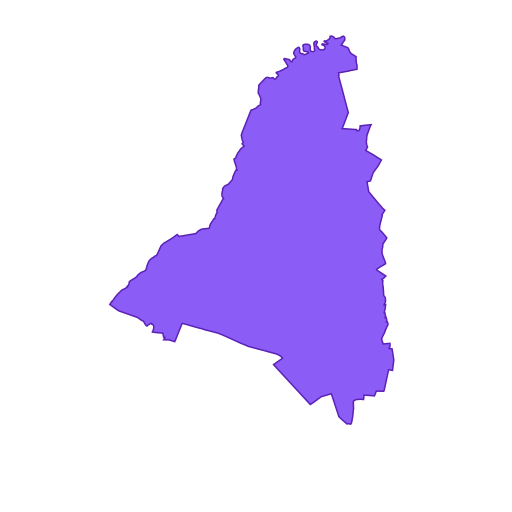 the district of Lazuri, Satu Mare, Romania, rotated 343°
{"feature_id": "2599482B42166201983382", "entity_name": "Lazuri", "entity_type": "district", "adm_level": 2, "iso_a3": "ROU", "parent_name": "Romania", "parent_adm1": "Satu Mare", "projection": "robinson", "projection_center": [22.883, 47.894], "detail": "fine", "context": "isolated", "style": "filled", "palette": "violet", "viewbox_px": 512, "rotation_deg": 343, "n_neighbors": 0, "source": "geoboundaries", "source_scale": "gbopen_adm2", "svg_char_len": 5958}
<svg xmlns="http://www.w3.org/2000/svg" viewBox="0 0 512 512"><g transform="rotate(343 256 256)"><path d="M149.1,311.3L153.2,314.2L153.8,313.4L154.2,313.1L165.7,298.8L171.3,302.3L174.1,304.2L179.9,307.9L184.0,310.4L185.5,311.6L190.6,314.6L197.1,318.7L200.3,321.2L208.9,328.7L216.3,335.3L219.8,338.1L221.5,339.6L222.4,340.3L246.0,355.1L247.3,356.0L248.9,357.4L250.2,359.0L250.7,359.8L251.5,361.5L241.0,365.0L264.5,413.9L268.5,412.7L277.4,409.6L287.8,409.8L288.3,433.9L290.1,437.1L293.9,443.3L294.8,443.2L295.4,443.4L297.3,444.5L297.6,444.4L297.9,444.2L298.7,443.3L301.7,437.5L302.8,434.9L303.7,432.3L304.0,431.8L304.4,431.4L306.6,423.4L309.1,422.6L309.9,422.6L313.9,423.5L316.9,424.7L318.7,420.6L328.4,424.4L331.6,420.4L338.6,422.7L339.3,421.9L349.6,403.5L353.1,405.3L357.4,395.7L359.0,384.6L356.3,383.4L357.8,381.5L358.6,378.7L351.9,377.3L351.8,372.7L352.0,372.0L352.4,371.5L352.3,371.3L356.0,367.4L356.6,366.9L357.3,365.7L357.7,365.4L357.8,364.9L358.2,364.7L358.4,364.3L358.6,364.3L359.2,363.4L361.1,361.3L361.4,360.9L361.6,360.9L361.9,360.6L362.5,359.3L362.5,358.8L362.4,357.5L361.3,357.3L361.3,357.2L361.6,356.9L362.3,355.9L362.4,355.5L362.4,352.7L361.7,353.0L361.5,352.9L361.6,352.4L362.1,351.6L362.5,350.6L362.4,349.6L362.7,348.4L362.7,348.1L362.5,347.9L362.0,347.6L362.7,346.5L363.3,345.5L363.5,345.3L365.8,340.3L364.3,340.1L366.4,337.6L366.8,336.8L366.8,335.9L367.2,335.2L367.4,334.2L367.3,332.9L366.7,331.4L366.6,330.5L367.1,329.5L367.1,328.7L367.5,327.6L368.7,322.1L368.5,321.8L369.7,317.1L370.1,317.0L370.0,316.3L369.5,315.2L371.7,314.5L374.3,313.1L367.9,305.3L367.4,304.0L371.3,302.8L377.6,301.3L377.7,301.2L377.8,299.4L377.5,295.2L377.3,292.2L377.6,289.2L378.3,287.2L378.6,286.2L379.6,284.8L380.9,281.6L384.5,278.7L386.4,276.9L383.7,270.4L382.0,267.2L382.1,266.2L382.5,264.8L384.2,261.4L388.6,254.3L388.7,253.9L388.5,253.5L392.6,249.9L391.1,247.5L388.6,241.9L382.6,227.5L383.9,217.4L387.0,217.7L387.6,217.4L392.1,211.0L393.1,210.1L399.3,205.4L404.0,200.8L397.8,193.6L391.8,187.1L394.5,184.5L394.4,184.3L394.4,182.3L394.5,181.3L394.6,181.0L394.7,179.7L397.1,173.7L397.7,172.6L403.5,165.0L404.5,164.1L398.2,162.8L393.6,162.0L392.9,164.0L391.9,165.3L390.9,166.2L390.1,166.1L388.9,165.4L388.9,165.2L389.1,164.5L375.6,159.3L378.9,155.3L386.2,145.8L386.6,134.8L387.1,123.3L387.6,108.4L387.7,107.5L388.1,107.2L388.3,107.2L388.4,105.0L399.5,106.3L399.6,106.1L407.1,107.0L407.3,106.3L407.6,105.9L407.7,105.2L408.4,103.2L408.4,102.3L408.3,101.5L409.0,98.0L409.4,96.4L410.0,94.9L410.0,94.6L406.6,90.7L405.6,89.1L405.4,88.6L405.1,84.6L404.8,83.9L404.3,83.3L399.1,79.2L400.9,78.0L400.9,77.9L401.2,77.8L401.5,77.2L404.0,75.5L404.6,73.7L404.7,72.9L404.6,72.3L403.8,71.3L402.0,71.3L401.5,71.6L400.0,72.1L397.8,71.7L396.5,71.7L395.5,71.5L395.1,71.0L394.6,69.7L393.1,68.0L392.3,67.7L391.2,67.5L390.7,68.1L390.7,69.0L390.4,69.4L389.6,69.8L386.2,71.0L384.8,70.4L384.1,70.4L383.9,70.7L384.3,71.5L387.0,73.8L386.8,74.2L386.2,74.4L385.3,74.3L384.3,74.0L382.0,72.7L381.4,72.5L380.8,73.1L381.2,73.5L382.4,74.5L382.9,75.6L383.1,76.5L382.9,77.4L381.6,78.3L380.8,78.5L379.9,78.4L378.2,77.8L377.3,77.1L376.7,76.5L376.4,75.8L376.2,75.0L376.3,74.4L375.6,73.4L375.3,72.7L375.4,71.6L375.8,71.0L377.1,69.5L377.2,68.9L376.7,68.2L376.1,68.0L375.1,68.2L374.0,68.7L373.6,69.3L373.1,71.1L373.0,73.0L372.4,75.0L372.2,76.6L371.8,77.1L370.8,77.3L369.5,77.0L368.2,76.0L368.2,75.0L368.2,74.1L369.1,72.1L369.1,71.1L368.8,70.0L368.3,69.3L367.4,68.7L365.2,67.9L363.5,67.8L362.7,68.0L362.2,68.7L362.1,71.0L361.5,72.5L361.5,73.2L361.7,74.0L362.0,74.3L363.0,74.7L363.3,75.0L364.8,75.6L365.4,76.1L365.7,77.1L364.9,77.1L363.3,77.6L362.0,77.6L361.0,77.5L360.5,77.0L359.7,76.1L358.2,75.5L357.8,75.0L357.3,73.9L357.4,73.3L358.4,71.0L358.5,70.1L358.1,69.1L357.3,68.8L354.5,69.7L353.2,70.5L352.6,71.3L351.9,72.0L351.2,73.4L352.3,77.5L351.9,77.9L348.9,78.8L347.1,80.8L346.2,80.3L345.7,78.7L345.4,78.0L341.2,75.5L340.5,75.6L340.1,76.0L340.7,78.0L342.0,83.2L341.8,84.3L341.1,84.7L339.9,85.0L338.3,85.1L337.4,85.5L332.1,86.3L329.3,86.3L328.9,86.6L329.0,87.3L329.5,88.0L330.2,88.7L330.3,89.7L330.0,90.2L329.5,90.4L328.9,90.6L328.1,91.1L326.5,92.4L326.0,92.4L325.5,92.2L325.0,91.7L324.8,91.1L324.5,90.6L323.9,90.2L322.5,90.3L321.5,90.0L319.2,88.5L318.0,88.4L317.4,88.5L312.4,91.2L308.5,93.5L308.3,94.7L307.0,97.6L305.7,100.8L306.1,102.0L306.6,106.1L306.3,108.5L305.2,110.1L304.9,110.7L304.8,111.1L304.7,112.6L302.2,113.1L299.6,114.4L298.4,114.7L295.7,115.1L294.0,115.0L293.1,116.0L279.5,133.0L277.2,136.2L277.3,136.6L276.9,138.6L276.8,140.6L276.8,142.4L277.1,143.7L275.5,144.6L276.7,147.4L272.2,149.3L271.0,150.6L269.1,151.8L268.6,152.3L266.1,155.0L265.3,156.3L263.2,156.9L263.1,160.9L263.2,165.3L262.8,167.0L262.9,168.4L261.8,168.2L261.0,168.9L258.9,171.2L257.1,173.5L255.8,176.0L253.5,177.5L252.1,178.2L251.0,179.1L246.2,180.0L243.8,181.8L243.6,182.9L242.2,185.1L241.5,186.8L241.0,188.9L241.8,191.7L241.1,191.8L240.4,192.5L232.1,200.5L231.2,203.5L230.5,203.9L229.3,205.3L227.6,208.1L226.6,208.0L225.6,209.0L222.0,211.9L220.8,213.3L220.2,214.5L219.4,215.8L212.0,214.4L208.4,215.1L205.1,216.9L204.5,216.9L188.2,214.8L187.1,212.7L186.9,212.4L180.9,214.5L171.4,216.9L168.2,218.5L167.4,219.5L166.7,220.1L165.3,221.8L162.2,225.3L161.0,226.4L159.5,226.5L158.2,226.9L157.9,227.2L155.3,227.8L152.6,229.1L151.3,230.5L149.6,232.6L148.4,234.4L147.2,236.3L146.2,237.3L145.0,237.8L141.5,238.1L140.8,238.2L137.3,239.7L136.6,240.2L136.3,240.6L135.8,240.9L132.9,242.0L132.2,242.0L127.8,243.3L127.3,243.6L126.5,245.3L125.6,246.6L123.9,247.3L124.2,248.0L121.3,248.8L117.9,249.3L112.8,251.9L109.0,254.4L105.0,257.6L104.7,257.3L102.0,259.6L107.2,266.5L108.8,268.4L124.8,280.2L127.5,283.8L129.3,285.4L130.3,289.9L131.3,291.1L132.7,290.4L134.2,290.1L135.7,289.6L136.4,290.1L136.3,290.6L137.1,291.2L137.4,291.8L137.6,292.3L137.6,293.6L137.4,294.3L136.9,295.5L135.5,297.5L134.7,298.4L137.6,299.8L144.4,302.6L143.9,306.5L145.1,307.3L143.2,309.1L147.6,310.6L149.1,311.3Z" fill="#8b5cf6" stroke="#5b21b6" stroke-width="1.5"/></g></svg>